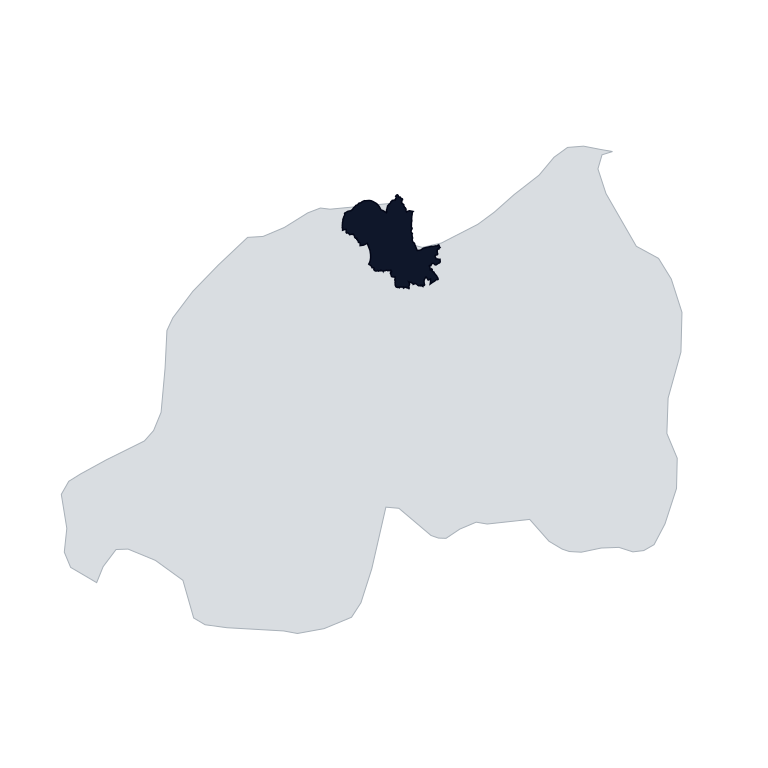 Burera, Northern, Rwanda shown in context, rotated 8°
{"feature_id": "39286606B41980105768775", "entity_name": "Burera", "entity_type": "district", "adm_level": 2, "iso_a3": "RWA", "parent_name": "Rwanda", "parent_adm1": "Northern", "projection": "albers", "projection_center": [29.857, -1.461], "detail": "fine", "context": "in_parent", "style": "filled", "palette": "ink", "viewbox_px": 768, "rotation_deg": 8, "n_neighbors": 0, "source": "geoboundaries", "source_scale": "gbopen_adm2", "svg_char_len": 7029}
<svg xmlns="http://www.w3.org/2000/svg" viewBox="0 0 768 768"><g transform="rotate(8 384 384)"><path d="M296.5,218.6L306.3,218.4L371.4,202.8L377.9,207.7L388.4,237.9L393.9,242.3L403.0,243.4L421.2,236.4L454.7,212.8L469.3,198.5L486.5,178.3L508.5,155.6L520.8,135.8L532.8,124.2L548.5,120.7L565.8,121.6L577.9,122.0L568.0,126.7L565.9,141.2L577.3,164.5L614.7,212.5L638.4,221.4L653.9,240.1L669.1,271.6L673.6,311.0L667.3,358.4L671.0,393.6L684.7,416.7L688.2,446.7L681.7,483.5L673.8,505.5L664.4,512.8L653.8,515.6L639.4,513.1L621.9,516.2L602.8,523.1L590.8,524.1L583.4,522.7L569.3,516.8L547.1,497.8L505.7,508.3L494.5,508.0L479.3,517.1L466.9,528.2L459.4,529.0L451.7,527.5L416.0,505.0L403.0,505.7L397.6,568.8L391.6,603.8L384.3,619.5L358.7,634.6L333.0,643.1L319.0,642.5L262.4,647.2L240.3,647.3L228.1,642.2L212.2,606.4L182.2,590.5L153.5,583.1L141.7,585.2L131.3,603.9L127.1,620.7L99.2,609.2L90.8,595.0L90.0,571.1L79.8,538.2L85.4,524.2L96.3,515.1L119.5,497.8L154.7,473.7L162.3,462.2L167.2,443.1L165.0,398.7L161.6,361.2L165.7,347.8L181.8,318.8L203.4,289.2L228.5,257.8L243.7,254.7L263.6,242.8L284.6,225.2L296.5,218.6Z" fill="#d9dde1" stroke="#a8b0b8" stroke-width="1"/><path d="M407.1,281.3L407.6,281.4L408.7,281.9L408.5,281.0L408.3,280.7L408.7,280.7L409.5,281.2L410.3,280.5L410.4,280.0L410.2,279.7L409.9,279.0L409.5,277.6L409.4,277.4L409.3,275.5L409.8,273.8L410.7,272.2L411.4,272.7L413.3,274.9L415.4,273.5L415.9,276.5L415.8,278.6L417.9,276.6L419.8,275.1L421.3,273.3L422.6,273.2L423.0,272.9L423.3,273.2L422.4,271.3L421.4,270.2L421.0,269.5L419.9,268.6L419.4,268.0L418.6,267.7L418.2,267.1L418.2,266.7L417.8,266.2L417.6,266.1L417.1,266.2L416.5,265.7L416.2,265.6L415.8,264.7L415.8,263.8L415.2,263.4L414.9,264.7L413.9,264.5L414.0,264.3L413.9,263.6L413.5,263.1L413.3,262.5L413.3,262.3L412.4,260.8L412.5,260.4L413.2,260.6L413.3,260.4L414.0,260.2L414.0,259.6L414.2,259.4L414.5,258.3L414.8,257.9L415.6,257.8L416.5,257.8L417.1,258.1L417.8,258.8L418.9,258.9L419.7,258.0L420.2,257.8L420.9,256.9L422.1,256.4L422.2,256.0L422.7,255.3L422.1,252.7L420.6,253.1L420.4,253.0L420.3,252.8L419.6,252.7L418.9,252.9L418.2,252.9L418.0,252.4L417.9,252.2L417.6,251.7L417.3,251.4L416.9,250.8L416.7,249.9L416.9,249.5L417.3,249.2L418.0,248.9L418.9,248.5L419.0,248.3L419.0,247.4L418.4,246.3L418.3,245.6L418.0,245.3L418.0,245.1L418.2,244.9L418.1,243.3L418.2,243.1L418.5,242.9L419.4,242.8L419.2,242.0L419.7,241.9L420.0,241.7L420.5,241.0L419.8,240.7L419.8,240.2L419.0,238.7L418.8,238.6L417.6,239.4L417.3,240.0L416.0,240.0L413.3,241.0L412.9,241.1L412.3,240.9L406.4,243.1L404.1,244.0L401.5,246.4L398.4,247.2L398.2,247.0L394.9,241.3L394.7,240.6L394.3,240.2L393.2,239.7L392.9,239.4L392.0,237.8L391.8,236.7L392.0,236.1L391.9,235.0L391.4,234.0L391.3,233.5L390.9,232.3L390.9,231.7L391.2,231.3L390.8,230.7L390.0,230.2L389.5,229.2L389.6,227.9L389.7,227.4L389.7,226.9L390.2,226.5L390.2,226.3L390.1,225.8L389.7,225.1L389.3,224.7L389.0,223.9L389.0,223.6L389.1,222.9L388.8,221.6L388.8,220.9L388.7,219.9L388.9,218.6L388.5,217.4L388.5,216.7L388.2,216.1L388.3,214.9L388.1,213.7L388.3,212.7L388.2,211.7L388.2,211.0L388.1,210.7L388.3,209.8L388.8,209.1L385.1,208.9L383.6,209.6L382.6,210.4L382.4,210.5L382.3,210.3L381.3,208.8L381.3,208.5L381.5,208.2L381.5,207.8L380.5,206.5L379.3,205.9L379.3,205.3L378.6,204.4L378.6,203.6L377.5,203.0L377.2,202.9L376.6,202.7L376.1,202.2L376.4,201.5L376.4,201.3L376.0,200.9L376.1,200.2L375.9,199.9L376.7,199.0L376.6,198.4L376.4,198.1L375.8,197.9L375.0,197.8L374.4,197.1L373.9,196.6L373.1,196.9L372.6,196.6L371.7,195.3L371.1,194.8L370.7,194.8L370.0,195.4L369.4,196.5L370.0,197.0L370.1,197.7L370.1,198.1L369.7,198.8L369.5,200.4L368.8,200.3L368.3,200.8L367.6,200.7L366.5,201.1L366.3,201.7L365.4,202.7L365.3,203.6L365.2,203.9L364.8,204.3L364.6,204.7L363.9,205.4L363.7,205.8L362.7,207.3L362.8,208.2L362.5,209.5L362.7,209.9L362.3,211.3L362.3,211.7L362.4,212.4L362.9,213.2L362.6,214.1L358.9,212.4L357.0,212.1L356.7,211.9L355.0,209.5L354.0,208.4L352.6,207.1L351.4,206.3L347.6,204.8L345.7,204.3L343.7,204.3L341.2,204.9L339.7,205.2L339.0,205.2L337.9,206.0L337.1,206.4L335.8,207.8L335.4,208.0L334.5,208.2L334.0,208.5L333.7,208.7L333.4,209.5L332.7,210.5L331.7,210.8L331.3,211.1L330.5,212.5L329.4,213.7L328.5,215.6L327.2,216.8L327.0,217.1L325.3,217.6L323.9,218.2L321.5,220.3L321.4,220.2L321.3,220.3L321.2,220.8L321.6,221.5L321.5,222.5L321.3,223.2L321.0,223.6L320.8,225.0L320.9,225.6L320.7,225.7L320.8,225.9L320.6,226.0L320.4,226.9L320.4,227.3L320.6,227.4L320.6,228.6L320.4,229.9L320.5,230.3L320.7,233.3L321.1,234.5L320.9,234.7L321.3,235.1L321.2,235.8L321.5,236.6L321.6,237.5L322.4,237.1L322.8,236.7L323.2,236.7L323.9,236.4L325.0,236.2L325.3,238.1L325.4,239.2L325.9,239.7L326.4,239.3L326.6,239.5L326.9,239.3L327.3,239.4L327.7,239.7L328.0,239.8L328.4,240.2L328.9,240.4L329.2,240.9L329.6,240.7L330.5,240.5L331.2,240.1L331.8,240.3L332.1,239.8L332.4,239.7L333.5,240.8L334.0,241.0L334.3,242.1L334.5,242.7L334.9,242.9L335.0,243.2L335.8,243.5L336.0,243.4L336.4,243.4L336.3,243.6L336.5,243.6L336.9,243.9L336.8,244.3L336.9,244.6L337.7,244.9L337.8,245.4L338.5,246.0L338.9,247.2L339.3,247.4L339.8,247.1L340.5,247.7L340.8,248.1L341.1,250.3L344.5,249.3L347.8,247.0L351.4,253.4L351.7,254.2L352.7,257.7L353.2,260.9L353.2,263.5L352.9,265.5L352.2,267.4L352.9,267.9L353.6,268.0L354.9,268.8L355.5,269.7L356.0,270.5L356.2,270.4L357.1,270.5L357.2,270.3L357.5,270.3L357.6,270.5L358.0,270.7L358.0,270.9L358.2,271.0L358.2,271.6L358.0,271.9L358.4,272.6L359.7,273.3L361.1,273.1L361.9,272.8L362.1,272.5L362.4,272.8L362.9,273.0L363.7,272.4L364.3,272.5L365.0,272.3L365.1,271.7L365.9,271.9L366.2,272.2L366.8,272.1L367.1,272.3L367.5,272.3L367.6,272.5L367.7,272.1L368.1,272.0L368.4,271.7L369.0,271.8L369.3,271.7L369.8,271.3L370.6,271.0L371.0,270.9L371.8,271.3L372.5,271.1L372.9,270.8L373.1,271.0L373.7,270.8L374.0,270.9L374.5,270.4L375.0,270.4L375.0,270.6L375.2,270.9L375.9,271.4L375.9,271.8L375.8,272.1L375.1,272.3L375.2,272.6L375.4,272.7L374.9,273.3L375.3,273.6L375.3,274.1L375.9,274.8L376.0,275.5L376.2,275.9L376.3,276.1L376.5,276.5L377.2,276.7L378.6,276.7L379.9,276.5L379.9,276.9L380.2,277.3L380.3,277.8L380.5,278.1L380.3,278.6L380.2,279.5L380.6,279.9L380.6,280.3L381.0,281.1L380.8,282.1L381.3,283.5L381.2,284.0L381.4,284.7L382.0,285.2L381.9,285.5L382.0,285.7L382.5,286.2L383.1,286.4L383.9,286.4L384.2,286.3L384.4,286.5L385.1,286.1L385.3,286.3L385.6,286.3L385.8,286.5L386.0,286.2L386.1,285.7L386.6,285.6L386.9,285.7L387.7,285.5L388.0,285.6L388.5,285.4L389.3,285.5L389.7,285.3L389.9,285.7L389.8,286.1L390.1,286.3L390.2,286.0L390.6,285.8L391.1,285.3L391.8,285.1L392.1,285.3L392.5,285.1L392.8,285.3L393.2,285.2L393.3,285.6L394.6,285.7L395.3,285.6L395.5,285.9L395.6,285.7L395.5,285.3L395.2,284.3L395.0,283.7L395.2,283.1L395.2,282.7L395.4,282.2L395.4,281.1L394.5,280.1L394.2,279.5L394.4,279.6L394.9,279.5L395.0,279.7L395.3,279.7L396.7,279.5L397.4,280.1L398.3,280.3L398.8,280.7L399.0,281.3L399.4,281.1L399.3,280.8L400.2,280.6L400.6,280.1L402.5,280.6L403.0,280.9L403.3,281.2L403.9,281.4L403.9,281.6L404.8,281.9L406.0,281.6L406.4,281.1L406.9,281.6L407.1,281.3Z" fill="#0f172a" stroke="#020617" stroke-width="1.5"/></g></svg>